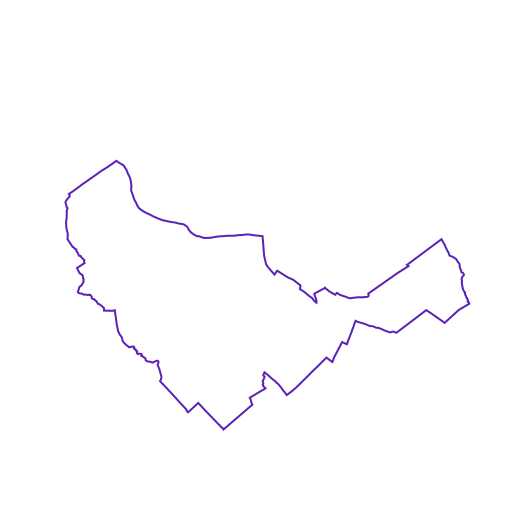 Tansa, Iasi, Romania, rotated 330°
{"feature_id": "2599482B58349207668580", "entity_name": "Tansa", "entity_type": "district", "adm_level": 2, "iso_a3": "ROU", "parent_name": "Romania", "parent_adm1": "Iasi", "projection": "robinson", "projection_center": [27.249, 46.905], "detail": "fine", "context": "isolated", "style": "outline", "palette": "violet", "viewbox_px": 512, "rotation_deg": 330, "n_neighbors": 0, "source": "geoboundaries", "source_scale": "gbopen_adm2", "svg_char_len": 6060}
<svg xmlns="http://www.w3.org/2000/svg" viewBox="0 0 512 512"><g transform="rotate(330 256 256)"><path d="M417.9,393.6L418.3,393.2L418.2,392.9L418.3,392.4L418.8,392.1L418.7,391.4L418.5,390.8L418.6,388.3L420.3,383.3L420.8,382.7L420.9,381.8L422.1,380.4L422.4,379.2L422.5,378.7L423.0,378.2L423.8,377.7L424.5,377.1L425.2,376.8L426.2,376.7L426.8,376.0L426.9,375.1L426.8,374.1L425.8,373.0L426.1,372.2L426.3,371.2L426.5,370.5L426.6,368.9L426.8,368.3L426.8,367.7L428.1,365.1L428.2,364.1L427.8,362.0L427.8,358.7L426.0,355.1L423.8,352.4L424.2,350.6L424.4,349.1L424.4,348.0L424.4,346.2L425.0,340.1L425.0,334.2L382.3,339.2L383.0,341.0L370.5,341.5L334.4,344.7L334.2,345.8L333.3,347.0L332.9,347.1L332.2,347.1L327.5,345.0L325.0,343.5L322.8,342.3L317.0,339.9L315.7,339.2L314.9,338.3L313.5,336.3L311.6,334.3L311.0,333.6L309.5,331.9L308.7,330.7L308.5,329.7L308.2,329.2L307.6,328.4L305.3,329.2L304.3,327.7L303.9,326.9L303.8,327.0L301.6,322.9L301.1,321.5L300.0,318.7L299.9,317.9L298.5,318.1L287.7,317.8L287.3,318.9L286.4,323.4L286.1,324.7L285.8,325.4L285.0,326.6L284.1,324.6L283.5,320.3L281.8,316.6L279.9,311.3L277.5,306.6L279.8,303.8L276.4,295.3L272.9,290.5L267.0,279.3L262.7,281.3L260.9,272.0L260.6,268.2L263.2,259.8L271.6,242.1L269.8,240.8L267.5,239.0L266.2,238.3L265.5,237.6L264.1,236.7L263.0,235.6L262.0,235.0L259.8,233.2L256.3,231.6L253.8,230.6L252.0,229.5L249.5,228.4L248.3,228.1L241.4,224.2L237.7,222.5L233.9,220.6L230.0,219.0L226.2,217.7L221.8,215.4L219.8,214.2L216.4,210.3L216.0,210.0L215.2,209.7L214.8,209.3L213.3,207.0L212.1,204.6L211.2,202.0L211.1,200.9L210.9,199.0L211.1,197.0L211.0,196.2L210.6,195.3L210.1,194.4L209.7,193.3L209.2,192.5L208.7,192.0L207.4,190.9L205.5,189.4L202.6,186.5L198.6,183.4L197.4,182.2L195.9,180.9L192.9,178.1L191.5,176.5L190.0,174.5L188.8,173.0L187.9,171.6L186.9,170.5L185.2,167.6L182.4,163.7L180.8,161.1L179.3,157.9L178.5,155.7L178.4,153.4L178.8,149.1L178.7,147.4L179.3,143.7L179.8,141.8L180.0,140.0L180.6,137.0L181.3,135.7L183.1,133.2L183.8,131.6L185.1,128.4L185.9,125.4L186.1,124.0L186.3,120.2L186.9,116.6L186.6,111.3L186.3,110.5L185.7,109.8L185.1,108.6L183.6,106.0L182.7,103.8L171.3,104.8L165.6,104.9L145.3,106.8L140.7,107.1L138.2,107.5L131.1,108.3L129.0,108.5L124.9,108.7L124.9,109.5L125.1,109.9L125.1,110.3L124.8,110.8L124.5,111.1L124.3,111.3L123.7,111.5L122.4,111.8L119.3,113.1L118.1,113.9L117.8,114.3L117.6,114.7L117.4,115.9L117.1,117.3L116.7,118.1L116.5,118.8L116.8,119.7L116.8,120.1L116.7,120.4L115.4,121.5L114.4,122.7L114.0,123.1L113.9,123.5L113.6,123.9L113.3,124.8L111.6,127.4L111.5,127.8L111.2,128.3L110.2,129.3L109.5,130.3L108.9,131.0L108.5,131.6L108.0,132.7L106.6,135.1L105.4,138.0L104.9,139.7L104.6,141.2L104.4,141.7L103.1,144.5L102.4,145.2L101.8,146.3L101.2,147.1L101.7,156.2L101.9,156.8L102.5,157.4L102.5,158.3L102.6,158.9L103.0,159.6L103.7,160.5L103.5,161.2L103.0,161.8L102.9,162.1L102.9,162.6L103.2,163.4L103.2,164.3L103.1,165.0L103.0,166.1L102.9,167.3L103.0,167.5L103.8,167.9L104.1,168.1L104.0,169.2L104.2,170.0L104.8,172.2L105.2,173.3L105.3,173.6L105.3,173.8L104.4,174.7L104.3,175.0L104.0,175.8L104.0,176.4L95.0,176.9L94.6,182.2L95.1,183.8L96.2,185.7L95.8,187.3L95.1,189.1L95.1,190.0L94.5,190.5L94.3,191.2L93.8,192.1L92.7,192.8L92.1,193.0L91.1,193.8L90.3,194.2L89.1,194.2L87.7,194.5L83.8,198.0L83.8,199.2L85.0,200.5L86.4,201.6L86.9,202.3L87.3,203.1L87.8,203.5L88.4,203.7L91.1,205.8L91.6,206.1L92.8,206.4L93.2,207.6L93.4,208.9L92.7,210.4L93.3,211.9L93.8,212.1L94.3,212.6L94.7,214.4L95.3,215.7L95.2,217.3L95.3,218.6L96.1,219.2L96.8,220.5L97.4,222.1L97.9,224.1L98.1,224.4L98.3,224.8L98.1,225.6L97.1,227.3L99.2,228.6L100.6,229.4L104.1,231.6L104.8,231.9L106.6,232.3L103.3,240.6L101.4,245.1L100.2,248.7L99.8,249.8L99.6,250.7L99.1,251.5L98.9,252.0L98.9,254.2L98.7,255.5L99.1,258.9L98.9,260.1L98.2,262.3L98.1,263.5L98.2,264.9L99.3,268.6L100.0,270.0L100.2,271.3L100.9,271.8L101.7,272.0L102.5,272.4L103.1,272.4L104.0,272.7L104.5,273.0L104.9,273.7L104.9,274.3L104.7,274.7L104.2,274.9L104.1,275.2L104.1,275.6L104.3,275.8L105.0,276.6L104.9,277.3L104.7,277.5L104.7,277.8L104.8,278.1L105.4,278.6L105.5,279.0L105.1,279.6L104.3,280.4L104.5,281.4L104.8,282.0L105.8,282.1L106.4,282.3L106.8,282.7L107.3,283.2L107.7,283.6L107.8,284.1L107.6,284.4L107.1,284.7L106.8,285.0L106.7,285.2L107.6,286.0L107.7,286.3L107.7,286.7L108.0,287.2L109.0,289.3L109.0,289.9L108.8,290.2L108.5,290.5L108.4,290.8L108.4,291.2L108.5,291.9L108.7,292.3L109.3,292.9L109.8,293.3L110.1,293.7L111.0,294.4L111.8,294.9L112.6,295.9L112.7,296.4L113.0,296.6L113.5,296.7L114.0,296.6L118.0,297.2L118.5,297.6L118.8,298.1L118.7,298.7L118.3,299.4L117.9,299.9L117.0,300.5L116.6,300.9L116.3,301.4L115.7,306.0L115.0,308.2L114.2,311.8L113.5,313.7L113.2,314.1L111.3,315.9L110.3,316.4L111.1,319.9L111.3,320.1L111.4,321.1L111.5,321.3L114.7,335.0L116.9,345.3L119.0,354.4L118.8,354.7L118.7,355.3L118.6,355.9L118.6,356.4L118.9,357.3L119.0,357.4L132.5,354.4L135.2,366.1L140.6,387.6L141.0,388.0L141.2,388.6L141.3,389.2L141.1,390.0L173.2,383.9L178.5,383.0L178.7,381.0L179.0,379.8L179.1,379.2L179.5,377.8L179.8,376.3L179.8,375.6L182.6,375.6L192.7,375.4L195.6,375.5L198.0,375.4L197.5,373.1L197.2,372.3L197.3,371.5L197.4,371.0L197.8,370.9L198.4,370.4L198.7,369.8L198.9,369.1L198.9,368.5L199.0,368.1L199.4,367.6L201.8,366.0L203.2,364.7L202.6,363.3L202.6,362.9L202.9,362.6L205.2,361.0L207.0,365.6L208.7,370.9L210.1,374.2L210.5,376.2L211.2,378.1L211.9,382.0L212.4,386.7L212.9,389.3L213.1,391.8L219.7,391.0L225.4,389.9L242.2,385.5L245.3,384.6L255.3,382.1L266.2,379.2L269.1,386.0L273.0,382.8L276.9,380.4L287.5,373.6L290.6,377.9L293.2,375.6L300.2,370.0L302.9,367.7L304.7,366.3L308.0,363.3L309.8,361.9L310.7,363.4L315.1,368.0L317.0,370.1L319.6,373.6L321.3,374.7L322.5,375.7L323.9,377.9L326.2,379.6L328.5,382.4L329.5,384.0L331.4,386.3L333.4,388.7L333.9,389.2L336.4,389.8L337.4,390.3L339.2,392.7L376.4,388.0L378.7,392.6L386.0,408.2L404.7,404.1L416.8,404.0L417.2,402.9L417.1,402.5L416.5,401.8L416.5,401.5L416.5,401.3L416.9,400.9L417.3,400.4L417.5,399.8L417.4,399.0L417.7,398.2L417.7,397.6L417.5,396.6L417.8,395.8L417.9,395.5L417.8,394.4L417.9,393.6Z" fill="none" stroke="#5b21b6" stroke-width="2"/></g></svg>